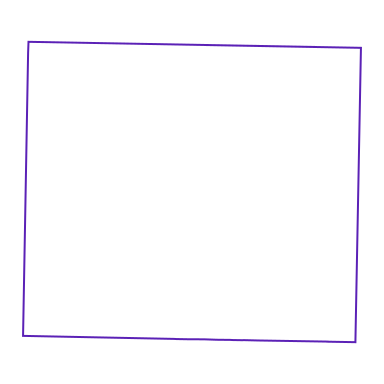 Pipestone, Minnesota, United States of America (Natural Earth projection), rotated 271°
{"feature_id": "52423323B28464929299777", "entity_name": "Pipestone", "entity_type": "district", "adm_level": 2, "iso_a3": "USA", "parent_name": "United States of America", "parent_adm1": "Minnesota", "projection": "natural_earth1", "projection_center": [-96.389, 44.023], "detail": "fine", "context": "isolated", "style": "outline", "palette": "violet", "viewbox_px": 384, "rotation_deg": 271, "n_neighbors": 0, "source": "geoboundaries", "source_scale": "gbopen_adm2", "svg_char_len": 431}
<svg xmlns="http://www.w3.org/2000/svg" viewBox="0 0 384 384"><g transform="rotate(271 192 192)"><path d="M339.1,358.4L339.3,25.9L328.1,25.7L45.2,25.6L44.8,177.2L44.7,179.0L44.7,189.6L44.7,191.2L44.9,205.4L44.9,207.3L44.7,218.9L44.7,220.7L44.8,232.8L44.7,234.9L44.7,245.3L44.8,245.9L44.7,261.0L44.7,262.6L44.8,330.1L44.7,330.1L44.7,331.6L44.7,357.9L44.7,358.0L339.1,358.4Z" fill="none" stroke="#5b21b6" stroke-width="2"/></g></svg>